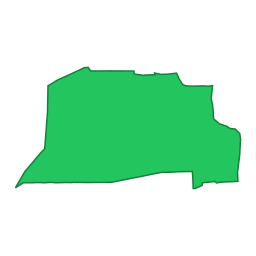 the district of Nazareno Etla, Oaxaca, Mexico
{"feature_id": "50627088B30693965136566", "entity_name": "Nazareno Etla", "entity_type": "district", "adm_level": 2, "iso_a3": "MEX", "parent_name": "Mexico", "parent_adm1": "Oaxaca", "projection": "mercator", "projection_center": [-96.827, 17.182], "detail": "fine", "context": "isolated", "style": "filled", "palette": "green", "viewbox_px": 256, "rotation_deg": 0, "n_neighbors": 0, "source": "geoboundaries", "source_scale": "gbopen_adm2", "svg_char_len": 1531}
<svg xmlns="http://www.w3.org/2000/svg" viewBox="0 0 256 256"><path d="M218.1,122.6L213.6,118.9L213.2,111.0L212.4,104.2L211.2,98.3L212.6,85.6L211.2,85.7L209.8,86.0L208.5,86.2L203.1,85.9L199.6,86.0L194.2,86.1L191.2,86.2L187.3,85.9L185.5,85.7L183.7,85.0L182.9,84.6L182.2,83.9L178.9,78.5L177.3,74.9L176.4,73.1L167.7,74.2L160.7,74.4L159.1,74.0L156.1,73.3L154.6,73.0L155.1,74.9L153.4,74.8L145.9,75.0L144.4,75.1L143.9,75.3L142.5,75.2L140.8,74.9L135.1,74.2L134.7,74.1L134.3,73.9L134.2,73.6L134.1,73.3L134.0,72.6L134.0,71.0L126.0,71.0L109.1,70.9L97.7,71.0L90.5,70.9L88.2,67.4L84.3,67.7L70.4,74.2L57.4,80.1L48.0,85.8L47.5,112.2L44.7,148.7L40.4,153.2L28.2,167.7L25.0,171.3L15.4,187.8L23.5,182.7L26.9,182.8L29.6,182.8L32.2,182.8L35.5,182.6L38.0,182.6L40.9,182.6L43.9,182.8L47.1,182.6L51.3,182.4L54.7,182.7L58.7,182.7L62.6,182.6L66.2,182.5L71.0,182.6L73.4,182.4L84.3,182.5L91.6,182.5L98.5,182.4L107.2,182.4L110.9,182.3L111.2,182.3L113.3,181.9L113.7,181.8L115.0,181.6L120.0,180.6L136.2,177.4L137.8,177.1L140.9,176.5L148.8,174.9L151.5,174.3L151.7,174.2L152.0,174.2L161.5,172.4L166.0,172.3L170.6,172.2L175.7,171.9L178.0,171.8L180.4,171.7L190.5,171.5L192.3,171.4L192.8,178.0L193.2,188.6L194.3,188.6L195.7,188.3L197.1,187.6L202.1,185.5L202.4,182.7L206.7,182.4L214.8,181.5L216.4,182.9L223.2,182.0L223.6,182.0L235.6,181.5L237.2,181.4L237.9,181.4L237.7,176.2L237.5,172.5L237.6,171.6L239.7,155.1L240.2,145.4L240.6,139.3L239.7,133.4L235.1,129.0L230.1,128.5L226.5,126.2L219.6,123.9L218.1,122.6Z" fill="#22c55e" stroke="#15803d" stroke-width="1.5"/></svg>